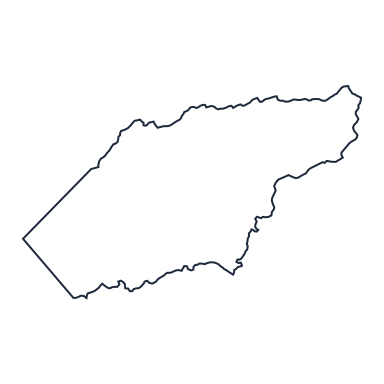 Arneiroz, Ceará, Brazil (orthographic projection)
{"feature_id": "56859067B67924871405928", "entity_name": "Arneiroz", "entity_type": "district", "adm_level": 2, "iso_a3": "BRA", "parent_name": "Brazil", "parent_adm1": "Ceará", "projection": "orthographic", "projection_center": [-40.1, -6.242], "detail": "fine", "context": "isolated", "style": "outline", "palette": "slate", "viewbox_px": 384, "rotation_deg": 0, "n_neighbors": 0, "source": "geoboundaries", "source_scale": "gbopen_adm2", "svg_char_len": 3564}
<svg xmlns="http://www.w3.org/2000/svg" viewBox="0 0 384 384"><path d="M361.0,97.6L359.2,96.8L357.0,95.8L355.1,94.5L352.4,93.6L351.0,91.4L349.3,89.0L348.1,86.0L346.1,86.3L344.1,86.4L341.7,87.6L339.8,89.9L338.3,91.6L336.8,93.7L334.2,94.9L332.6,96.2L330.9,97.0L328.2,99.0L325.3,100.8L322.1,100.6L319.3,99.2L317.2,99.0L314.5,99.1L312.5,99.1L310.9,100.2L308.9,100.6L307.0,99.6L305.1,98.9L302.5,99.5L300.0,100.0L297.2,99.9L293.9,99.4L291.2,100.5L288.4,101.6L284.9,101.6L282.8,100.6L280.4,100.8L277.9,99.7L276.6,96.3L273.9,96.7L271.6,97.5L269.0,98.4L265.7,99.1L263.9,100.2L262.2,101.6L260.2,101.9L258.5,99.9L257.3,97.9L254.6,98.8L252.2,100.0L250.0,102.5L246.4,104.4L244.6,105.5L242.5,105.8L240.4,104.4L237.0,105.6L233.1,107.9L231.5,105.8L229.2,106.1L226.2,107.6L223.1,108.7L220.6,108.7L218.2,109.3L215.8,108.2L214.3,106.7L211.2,105.9L208.9,106.7L206.3,107.4L205.3,105.1L203.4,104.8L200.4,105.7L198.1,107.4L196.2,108.0L194.4,107.1L192.3,106.9L190.0,107.7L188.8,109.6L186.9,111.0L184.3,112.0L183.2,114.4L181.9,115.7L181.3,117.7L179.8,119.6L177.7,120.7L175.7,121.8L172.4,124.0L169.9,125.6L166.8,126.2L163.6,126.2L160.1,127.1L157.5,127.7L155.8,125.5L154.6,123.8L153.6,121.6L151.1,122.2L149.1,122.6L147.5,124.4L145.9,125.7L143.5,125.3L143.5,122.6L141.4,121.3L140.2,119.6L137.3,120.3L134.5,120.8L132.2,123.5L130.7,125.3L128.1,128.0L124.9,129.7L121.0,131.0L120.2,132.7L120.0,135.3L118.4,136.8L118.2,139.4L117.6,141.9L115.5,143.6L113.3,144.3L111.4,147.1L109.4,150.5L107.1,152.9L104.9,156.0L102.8,157.6L100.9,158.6L99.1,161.5L98.4,164.7L98.3,167.1L91.2,169.0L23.0,238.8L73.4,297.9L75.7,297.9L78.5,296.9L80.9,295.7L83.8,296.0L86.5,298.0L87.0,294.9L88.1,293.2L90.3,292.6L92.5,291.9L94.7,290.9L96.8,289.3L98.8,287.8L100.2,285.8L102.2,283.7L104.8,285.8L107.4,287.6L109.7,288.4L112.1,287.2L114.4,286.8L117.2,286.9L119.4,284.4L118.3,281.6L120.7,280.7L122.8,281.8L124.8,283.9L125.0,286.2L125.3,288.3L128.1,288.6L129.9,291.2L132.2,291.2L133.6,289.2L135.9,288.4L139.2,288.0L141.6,285.9L143.7,283.6L144.7,281.5L147.3,280.8L149.4,283.0L152.4,283.6L156.0,281.6L157.2,280.0L159.2,278.2L162.0,276.6L164.5,275.1L165.9,273.5L167.9,272.7L169.9,272.9L171.9,272.2L173.7,271.4L176.2,270.3L178.7,270.1L181.6,270.8L183.2,267.9L184.3,266.0L187.0,266.3L188.1,269.2L191.2,270.4L193.4,269.6L193.5,266.9L195.3,264.9L197.6,264.8L199.2,263.6L202.2,263.6L204.7,264.2L207.3,263.0L210.3,262.3L213.2,262.3L216.2,263.2L218.4,264.2L220.4,266.1L222.6,267.5L224.2,269.1L226.2,270.1L228.6,271.8L230.5,273.0L233.1,274.6L234.1,272.5L234.3,270.0L236.3,268.7L237.9,267.0L240.2,266.5L242.0,265.8L240.9,262.7L238.4,263.0L236.4,261.8L237.6,259.4L239.6,259.7L241.3,258.5L243.0,256.2L244.7,253.6L245.6,251.1L247.0,249.8L247.5,247.9L247.7,246.0L246.8,244.1L247.4,241.7L247.7,239.0L249.0,236.2L248.9,233.4L250.8,231.3L251.5,229.4L253.2,229.9L254.6,231.3L256.7,231.6L258.2,229.9L256.6,229.0L255.2,227.0L255.5,224.2L256.7,221.7L255.2,218.8L256.9,216.8L259.1,217.5L261.0,218.2L262.8,216.9L265.3,217.2L268.3,217.0L271.4,215.4L271.9,212.0L274.0,209.0L274.2,207.0L272.6,203.4L271.8,200.4L272.1,198.1L275.7,190.5L274.2,186.0L275.7,182.8L278.3,179.6L282.9,177.6L288.6,175.1L292.6,177.0L296.0,178.2L298.7,177.4L302.5,175.0L305.9,173.4L308.3,170.0L310.5,168.2L322.6,162.2L324.6,162.9L326.7,160.9L331.2,161.7L335.7,161.9L342.8,157.6L341.4,155.0L341.4,152.8L342.9,150.9L347.9,145.0L349.3,143.3L351.2,141.8L355.0,139.6L356.6,138.2L357.4,134.9L354.0,130.6L353.0,127.6L354.1,124.9L356.6,122.4L358.4,119.0L355.7,114.0L355.8,112.0L358.7,107.8L358.3,105.3L360.0,103.2L360.7,100.5L361.0,97.6Z" fill="none" stroke="#1e293b" stroke-width="2"/></svg>